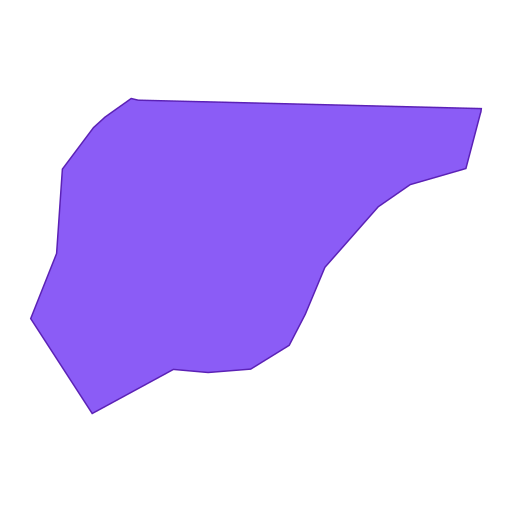 the border of Žirovnica
{"feature_id": "SVN-259", "entity_name": "Žirovnica", "entity_type": "Municipality", "adm_level": 1, "iso_a3": "SVN", "parent_name": "Slovenia", "parent_adm1": "", "projection": "robinson", "projection_center": [14.178, 46.406], "detail": "fine", "context": "isolated", "style": "filled", "palette": "violet", "viewbox_px": 512, "rotation_deg": 0, "n_neighbors": 0, "source": "natural_earth", "source_scale": "10m", "svg_char_len": 377}
<svg xmlns="http://www.w3.org/2000/svg" viewBox="0 0 512 512"><path d="M131.2,98.5L138.3,100.2L481.3,108.6L480.9,111.9L480.3,113.8L465.9,168.5L410.2,184.6L378.3,206.7L324.9,267.3L305.3,314.2L289.2,345.3L250.7,369.1L208.1,372.5L173.4,369.4L92.2,413.5L30.7,318.6L56.6,253.5L62.4,169.1L93.5,127.6L105.0,117.1L131.2,98.5Z" fill="#8b5cf6" stroke="#5b21b6" stroke-width="1.5"/></svg>